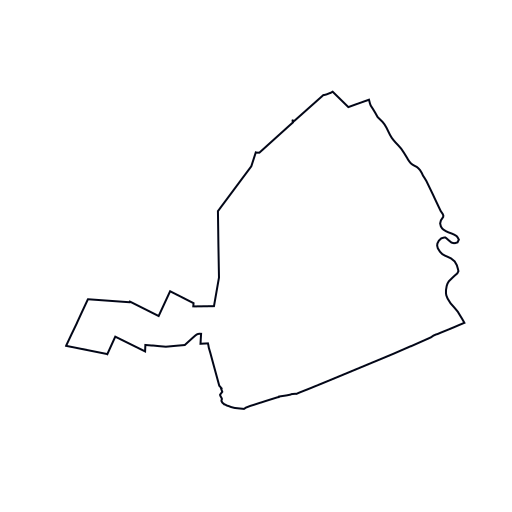 Jirlau, Braila, Romania (Mercator projection), rotated 260°
{"feature_id": "2599482B33661790192298", "entity_name": "Jirlau", "entity_type": "district", "adm_level": 2, "iso_a3": "ROU", "parent_name": "Romania", "parent_adm1": "Braila", "projection": "mercator", "projection_center": [27.193, 45.161], "detail": "fine", "context": "isolated", "style": "outline", "palette": "ink", "viewbox_px": 512, "rotation_deg": 260, "n_neighbors": 0, "source": "geoboundaries", "source_scale": "gbopen_adm2", "svg_char_len": 3023}
<svg xmlns="http://www.w3.org/2000/svg" viewBox="0 0 512 512"><g transform="rotate(260 256 256)"><path d="M208.3,452.6L212.0,452.2L216.2,450.7L219.8,447.6L222.2,444.2L223.5,442.2L224.5,441.0L225.5,439.8L228.3,437.9L232.0,436.4L234.8,436.2L236.8,436.8L239.3,438.7L241.2,441.5L241.5,444.4L241.4,445.6L240.4,446.6L238.1,448.4L235.3,450.8L234.4,452.7L234.1,454.1L234.4,456.8L236.9,458.6L239.3,457.8L240.8,457.0L242.6,454.9L244.1,452.7L246.0,449.4L247.5,447.3L249.5,445.1L250.8,444.1L253.0,443.2L256.1,443.0L259.0,444.3L261.5,446.7L261.9,447.1L263.3,447.5L264.9,447.2L268.2,445.7L273.6,444.2L282.4,441.8L285.1,441.1L287.6,440.4L300.3,436.8L302.1,436.1L303.9,435.4L306.2,434.4L308.9,433.7L311.2,432.8L312.0,432.5L314.1,431.2L315.8,429.8L317.3,427.8L318.9,425.9L320.5,424.5L322.5,423.4L324.9,422.3L325.7,422.1L327.7,421.3L332.0,419.6L336.5,417.6L340.6,415.1L343.6,413.1L346.3,411.5L348.8,410.2L352.0,409.0L355.4,408.0L359.6,406.8L363.3,405.4L366.1,403.9L369.2,401.7L371.7,399.9L376.3,398.3L380.7,396.6L384.2,395.1L385.8,394.8L386.4,394.7L390.3,394.4L388.1,381.3L386.6,372.8L404.5,360.0L403.6,357.6L403.7,357.4L402.9,353.6L402.7,351.2L402.8,350.3L382.4,317.2L383.1,315.6L382.9,315.5L382.1,315.5L381.2,315.7L378.5,311.3L357.2,277.3L357.6,274.8L358.1,273.8L345.8,267.3L345.1,266.9L337.0,258.3L335.6,256.8L315.1,235.1L310.3,230.0L308.0,227.6L306.8,226.3L287.6,223.2L279.0,221.8L274.1,221.0L241.2,215.8L213.9,205.9L216.8,188.2L216.9,187.5L217.3,185.5L220.4,186.3L236.2,165.3L213.8,149.7L232.8,124.2L233.0,123.8L232.4,123.5L242.6,83.0L242.5,82.9L231.1,74.9L221.3,68.1L221.2,68.1L212.0,61.5L211.9,61.4L200.7,53.5L200.5,53.4L185.4,92.1L185.1,92.5L201.0,103.4L181.3,130.2L187.6,131.6L185.8,138.3L185.8,138.8L184.0,145.1L182.3,151.5L181.4,162.4L180.7,170.4L183.8,175.3L186.2,179.1L188.2,182.4L189.0,184.0L189.3,185.5L189.2,187.1L188.9,188.4L179.2,186.1L178.3,193.5L176.5,193.6L173.8,193.6L168.4,194.2L157.3,195.2L134.6,197.3L133.4,198.1L132.4,198.6L131.8,199.0L131.6,198.6L128.1,199.2L126.3,197.2L125.5,196.5L124.6,196.6L123.6,196.9L121.6,197.6L120.6,197.4L120.0,197.0L119.3,196.8L118.0,197.2L117.6,197.3L117.2,197.6L116.7,197.9L116.1,198.6L115.5,198.8L114.8,200.2L114.2,200.8L113.5,201.8L113.1,202.8L111.6,205.2L110.1,208.5L108.8,213.0L107.5,217.6L108.0,218.8L108.5,219.9L108.7,221.1L109.3,224.0L109.5,225.4L109.8,228.0L110.8,234.9L110.8,235.3L111.4,239.5L111.7,241.7L113.1,252.5L113.1,253.7L113.3,253.7L113.6,254.1L113.4,262.0L113.5,265.7L113.8,267.1L113.5,270.7L113.2,271.9L114.0,275.1L116.6,287.8L117.0,289.5L119.4,300.6L135.9,374.6L140.3,392.7L140.2,392.9L145.5,414.1L146.6,416.5L146.8,416.9L147.5,419.8L147.6,421.2L148.4,424.5L149.1,427.8L151.6,439.2L152.8,444.2L153.5,447.4L153.6,447.7L154.0,449.6L154.3,449.5L155.5,449.1L158.8,447.9L160.8,447.1L164.9,445.5L166.0,445.1L169.7,443.0L170.4,442.6L171.4,442.0L175.6,439.4L180.8,437.3L184.1,436.6L186.2,436.6L189.5,437.2L193.4,438.6L195.6,439.8L197.6,441.5L200.5,445.7L202.2,448.3L203.9,451.2L205.9,452.7L206.6,452.7L208.3,452.6Z" fill="none" stroke="#020617" stroke-width="2"/></g></svg>